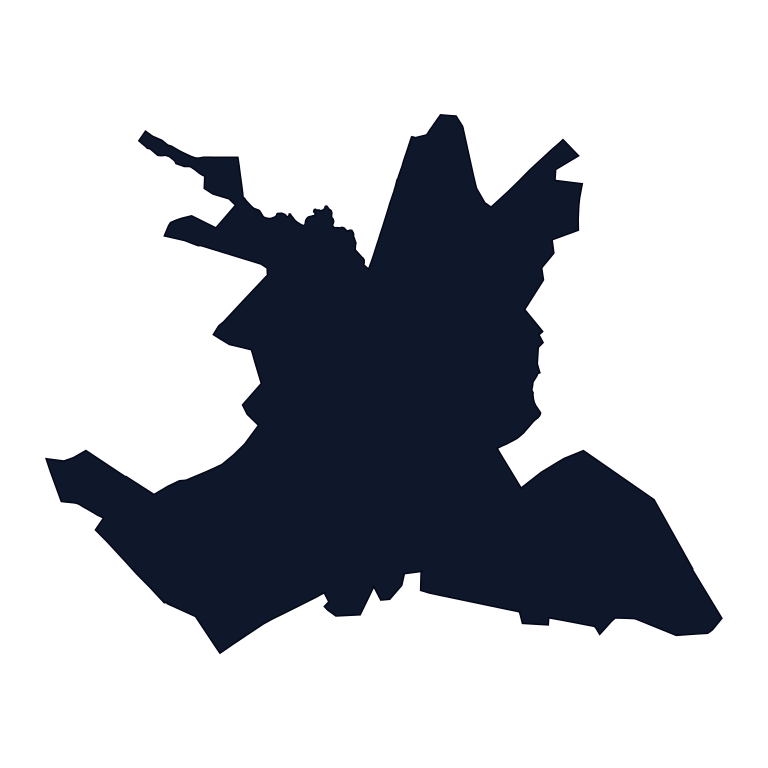 the district of Valka, Valkas, Latvia
{"feature_id": "27541924B34676349154335", "entity_name": "Valka", "entity_type": "district", "adm_level": 2, "iso_a3": "LVA", "parent_name": "Latvia", "parent_adm1": "Valkas", "projection": "orthographic", "projection_center": [25.998, 57.777], "detail": "fine", "context": "isolated", "style": "filled", "palette": "ink", "viewbox_px": 768, "rotation_deg": 0, "n_neighbors": 0, "source": "geoboundaries", "source_scale": "gbopen_adm2", "svg_char_len": 5860}
<svg xmlns="http://www.w3.org/2000/svg" viewBox="0 0 768 768"><path d="M692.8,569.0L654.1,499.7L583.4,450.6L564.0,458.5L555.8,463.4L541.2,472.3L535.7,476.6L529.3,481.6L521.1,488.0L517.3,481.7L500.5,454.0L497.2,448.4L501.6,446.1L506.6,444.0L516.7,438.6L518.8,437.0L524.0,432.5L525.3,430.8L529.2,426.4L533.1,421.8L535.2,419.8L538.0,417.7L539.6,415.7L540.3,414.2L540.6,413.0L540.4,412.5L535.7,405.5L534.3,402.5L533.4,398.7L532.9,394.3L533.2,393.1L532.0,390.5L531.9,389.8L532.1,388.3L532.6,385.8L533.0,382.0L534.4,379.9L537.0,375.7L537.6,373.8L538.0,373.5L539.9,372.7L539.7,372.3L538.4,367.7L537.3,363.7L538.3,347.4L543.1,342.6L539.0,334.8L542.7,331.5L536.9,324.4L524.7,309.5L529.0,302.8L543.5,279.9L541.7,267.9L553.9,253.1L552.1,239.8L578.4,230.2L578.3,225.3L578.2,219.6L578.5,212.4L578.9,204.6L579.7,197.6L582.3,183.7L581.7,183.7L555.0,180.4L555.7,169.5L578.6,155.8L563.5,140.1L563.0,139.6L559.3,143.1L553.0,148.5L530.0,169.7L524.0,175.8L518.8,181.1L507.9,191.7L491.1,207.1L484.8,202.7L476.5,188.2L473.4,175.2L467.8,149.8L462.7,126.5L456.1,116.0L450.2,115.6L446.2,115.3L443.1,115.0L440.5,114.8L439.3,116.5L439.1,116.9L437.4,119.1L436.1,121.1L434.7,123.0L433.4,124.9L431.9,127.1L430.6,128.8L429.4,130.6L428.2,132.5L426.6,134.9L420.5,136.4L414.4,137.9L413.9,137.0L413.1,137.1L412.1,136.8L411.6,136.7L408.9,144.9L407.8,148.3L407.0,150.6L406.4,152.5L406.1,153.5L405.8,154.3L405.3,155.8L405.2,155.9L405.1,156.2L404.5,158.1L403.7,160.6L402.9,163.2L402.3,165.5L401.6,167.5L400.8,169.7L400.1,171.8L399.4,173.8L399.3,174.1L398.6,176.0L398.0,178.2L397.7,179.6L397.2,179.4L396.7,181.0L396.2,183.0L395.7,185.2L395.1,187.3L394.4,189.5L393.9,191.7L393.1,193.7L392.4,195.8L391.7,197.9L391.6,198.3L390.0,202.8L389.4,204.9L387.0,212.8L384.0,222.4L382.7,226.6L380.2,234.2L378.7,239.1L377.1,243.9L373.4,255.6L371.5,261.2L368.8,268.5L368.6,268.9L366.7,267.5L364.1,265.1L363.8,264.5L364.3,262.1L364.1,259.7L362.8,257.8L362.1,257.4L355.4,250.0L355.2,249.2L355.6,244.3L356.0,243.2L354.1,237.7L353.8,237.8L353.5,237.1L353.7,234.7L353.2,232.6L351.9,230.4L350.2,230.1L347.4,231.0L347.0,230.8L346.2,230.2L343.9,227.8L341.8,227.3L340.3,227.9L336.0,227.6L334.0,227.7L333.4,226.6L333.0,226.3L332.7,225.6L332.6,225.1L332.8,224.4L333.0,223.8L333.4,223.0L333.7,221.2L333.2,219.2L331.9,217.7L331.7,216.8L331.6,216.2L331.6,215.1L331.8,213.9L331.9,213.1L331.5,211.6L331.3,210.9L330.4,210.0L329.4,209.4L329.0,209.1L328.5,208.3L327.9,207.6L327.2,206.4L326.3,206.0L325.5,206.2L325.3,206.4L324.8,207.8L324.3,209.0L323.2,209.8L322.2,210.3L320.9,210.7L320.5,210.7L319.1,210.0L318.0,210.0L316.8,210.1L316.6,210.0L316.3,209.8L315.8,209.4L315.3,209.2L315.0,209.3L314.3,209.6L314.0,210.1L313.6,211.4L314.0,212.2L314.8,213.0L315.2,213.3L315.3,213.9L314.9,214.9L314.4,215.5L314.2,215.7L313.2,215.7L311.8,216.1L311.1,216.3L308.8,216.8L307.8,217.4L306.7,218.6L306.1,219.6L305.5,221.2L305.3,222.6L305.1,224.2L304.9,224.8L304.3,225.3L303.9,225.4L303.0,225.4L301.6,224.9L300.7,224.4L296.9,222.0L295.5,220.8L294.3,219.6L294.0,219.1L292.9,217.6L292.0,216.6L291.5,215.9L291.0,215.3L290.7,214.5L290.5,214.2L289.9,213.9L289.2,214.0L289.1,214.7L289.0,215.2L288.7,215.9L288.1,216.5L287.1,216.7L286.8,216.5L286.3,216.1L285.5,214.9L285.2,214.7L284.4,214.2L283.7,214.0L281.8,213.2L279.7,213.3L277.3,213.5L275.8,216.4L275.0,216.9L271.0,218.4L269.0,218.5L266.5,218.1L264.1,217.3L262.8,216.0L260.1,211.5L258.9,210.2L254.2,208.5L253.4,208.0L251.5,206.4L246.0,200.5L244.5,198.2L243.1,197.3L243.0,196.4L242.7,193.0L241.7,185.1L240.2,174.3L240.0,172.7L239.5,168.8L239.3,167.3L239.2,166.3L237.9,157.3L227.6,157.3L221.1,157.3L219.5,157.3L203.5,157.2L198.7,158.1L195.7,158.0L191.3,156.5L183.1,152.7L179.6,150.9L176.6,149.2L171.8,146.3L167.7,145.0L162.0,140.3L152.5,136.2L145.5,131.1L138.8,140.8L146.5,147.3L147.2,148.2L150.2,148.9L155.2,153.2L157.8,155.4L161.1,155.7L165.5,155.3L169.4,156.6L174.7,160.9L176.0,163.6L180.1,165.0L184.2,166.5L188.7,166.5L190.6,166.8L194.9,169.7L199.3,173.2L202.6,175.3L204.7,176.1L204.7,176.6L204.3,186.5L204.2,188.4L212.9,194.0L229.1,198.9L231.5,201.3L235.5,205.2L215.9,227.9L191.6,215.8L181.5,218.3L175.5,220.4L170.5,222.6L169.3,224.5L168.5,225.8L168.1,226.8L164.3,235.9L177.1,238.8L184.9,240.6L193.3,243.9L198.2,245.7L200.9,245.6L253.7,261.8L259.7,263.7L261.1,264.1L267.2,268.2L267.3,273.6L267.9,274.5L266.1,276.5L254.8,288.5L243.0,301.0L223.6,321.8L222.5,322.7L218.6,326.0L213.3,334.6L221.3,339.6L229.4,344.5L235.9,346.0L251.4,349.8L255.0,362.4L261.3,383.5L253.2,392.7L242.5,404.9L247.2,414.3L258.5,425.3L244.6,444.1L233.7,454.8L221.8,464.6L206.5,471.6L186.0,480.2L179.3,480.8L167.8,486.3L154.0,494.5L126.0,476.5L125.3,476.7L85.9,450.5L78.2,454.9L73.5,457.6L63.9,461.0L46.1,458.7L50.2,471.0L60.6,499.6L61.3,501.5L64.6,501.9L68.1,502.2L70.6,502.5L73.8,502.8L76.0,503.2L78.0,503.8L80.0,504.8L83.1,506.8L88.2,509.6L91.4,511.5L97.6,515.2L100.2,516.4L102.6,517.6L103.6,517.9L95.4,529.9L107.0,541.6L125.3,561.4L136.5,573.8L144.9,582.3L149.3,586.7L151.4,588.9L153.3,591.0L154.9,592.7L155.4,593.3L161.2,599.5L161.8,600.1L164.0,602.6L164.5,602.7L167.3,602.8L167.3,603.7L195.5,616.5L214.0,644.4L218.1,650.5L220.0,653.2L232.7,644.4L263.1,624.1L268.5,621.1L273.1,618.6L282.8,613.9L300.4,605.1L317.9,596.3L319.6,595.2L324.2,592.9L324.9,594.2L328.8,601.8L324.3,606.5L327.6,610.0L335.9,616.0L352.3,615.2L360.2,614.8L373.8,586.7L380.8,600.1L389.7,599.3L401.8,585.3L404.4,573.7L421.8,571.4L421.1,572.2L420.6,590.4L422.4,590.9L429.6,593.1L430.8,593.3L440.0,595.3L468.3,601.2L508.5,609.6L517.0,611.3L519.5,612.1L520.2,614.6L521.5,619.7L522.4,623.4L529.2,623.8L539.3,624.4L548.3,624.9L548.7,618.1L548.7,617.8L563.7,620.5L567.8,621.3L575.2,622.7L588.0,625.2L594.0,626.3L595.0,626.9L596.3,628.7L599.7,634.4L600.0,634.1L611.5,621.3L615.2,618.0L621.5,618.1L634.1,618.6L635.9,619.0L676.2,635.4L697.3,633.9L707.7,633.3L712.5,629.8L721.9,618.3L692.4,569.6L692.8,569.0Z" fill="#0f172a" stroke="#020617" stroke-width="1.5"/></svg>